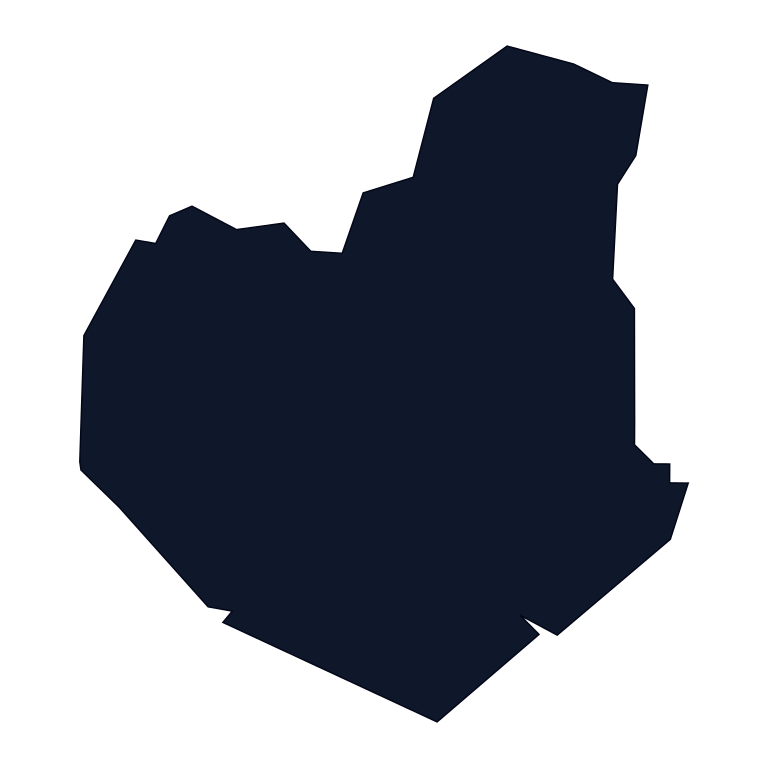 Lumpkin, Georgia, United States of America
{"feature_id": "52423323B56072812180276", "entity_name": "Lumpkin", "entity_type": "district", "adm_level": 2, "iso_a3": "USA", "parent_name": "United States of America", "parent_adm1": "Georgia", "projection": "natural_earth1", "projection_center": [-83.992, 34.58], "detail": "fine", "context": "isolated", "style": "filled", "palette": "ink", "viewbox_px": 768, "rotation_deg": 0, "n_neighbors": 0, "source": "geoboundaries", "source_scale": "gbopen_adm2", "svg_char_len": 591}
<svg xmlns="http://www.w3.org/2000/svg" viewBox="0 0 768 768"><path d="M83.9,335.6L79.8,461.7L81.0,470.0L119.1,507.1L208.1,606.8L232.3,611.1L222.9,622.4L437.1,721.9L539.0,634.4L519.9,615.1L557.2,635.1L670.3,539.3L688.2,483.1L669.6,482.9L669.7,464.0L653.5,463.9L652.7,462.8L634.5,444.8L634.6,423.6L634.4,308.5L612.6,279.2L617.5,184.2L635.8,155.5L647.8,85.1L612.3,82.7L573.8,64.1L507.1,46.1L433.7,98.3L413.2,177.3L363.2,192.9L342.2,253.3L310.8,251.3L284.0,223.1L236.5,229.6L192.0,206.2L169.6,215.8L155.7,243.5L135.8,240.1L83.9,335.6Z" fill="#0f172a" stroke="#020617" stroke-width="1.5"/></svg>